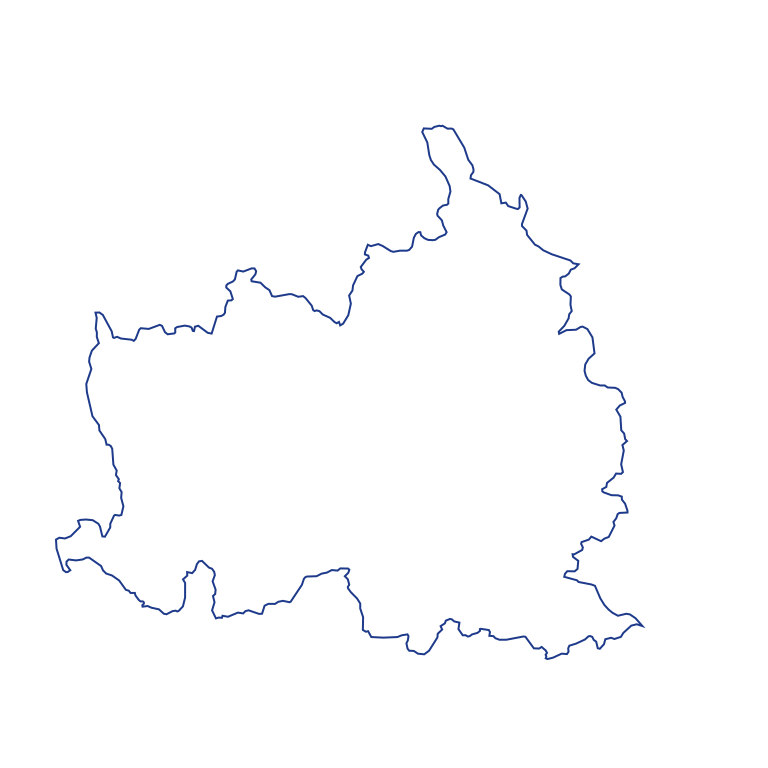 outline of Shan, rotated 280°
{"feature_id": "MMR-3277", "entity_name": "Shan", "entity_type": "State", "adm_level": 1, "iso_a3": "MMR", "parent_name": "Myanmar", "parent_adm1": "", "projection": "robinson", "projection_center": [97.631, 21.717], "detail": "fine", "context": "isolated", "style": "outline", "palette": "blue", "viewbox_px": 768, "rotation_deg": 280, "n_neighbors": 0, "source": "natural_earth", "source_scale": "10m", "svg_char_len": 6148}
<svg xmlns="http://www.w3.org/2000/svg" viewBox="0 0 768 768"><g transform="rotate(280 384 384)"><path d="M524.8,546.8L521.4,543.7L520.8,541.4L519.0,539.4L512.2,540.5L508.0,542.7L504.4,551.0L502.7,552.8L494.3,553.9L488.4,556.2L484.8,554.3L480.7,554.4L472.6,551.5L465.9,547.0L463.8,547.8L468.7,554.3L470.8,563.7L474.3,567.7L475.0,569.7L473.4,574.8L466.1,581.2L450.7,586.0L444.4,581.1L438.2,578.8L431.8,579.2L427.2,581.3L423.3,584.4L421.2,588.6L420.1,597.0L420.9,601.6L419.4,604.9L420.4,612.4L419.6,615.5L416.7,619.5L412.6,621.3L408.8,624.3L407.2,624.7L403.8,620.0L399.1,617.2L392.9,622.5L379.6,625.7L376.9,629.1L371.6,631.1L370.0,633.2L365.3,629.4L360.1,631.7L346.1,631.5L338.7,634.6L336.7,633.1L336.1,628.1L331.7,626.4L325.3,620.8L321.2,620.8L318.3,617.1L316.1,617.7L315.4,619.3L314.0,627.3L315.0,634.0L314.4,637.7L311.4,638.4L308.0,642.2L301.4,645.8L299.7,646.1L297.9,638.2L296.4,636.7L292.0,636.0L288.0,633.9L284.6,635.6L272.4,631.9L270.0,627.9L266.9,625.1L269.7,614.7L266.3,612.7L262.6,606.0L260.8,605.9L257.6,608.2L255.0,608.0L249.3,600.9L249.1,599.3L246.5,600.2L243.6,606.0L235.5,606.7L232.6,604.3L231.5,597.0L228.5,595.2L225.4,595.0L224.2,608.1L222.8,610.0L222.6,623.0L221.9,626.8L210.4,634.3L204.6,639.5L200.9,644.3L198.4,648.7L196.4,654.6L199.8,662.5L199.8,666.2L197.0,672.4L190.5,680.5L191.3,674.7L189.0,669.5L180.4,662.9L176.1,661.2L172.9,655.2L173.5,651.7L171.1,646.3L165.9,645.8L160.7,642.5L160.9,640.4L167.1,637.7L168.4,635.0L171.1,633.0L171.6,630.8L171.0,629.2L167.3,626.3L161.6,618.1L158.5,612.0L155.7,611.3L152.4,612.2L149.8,611.1L149.3,605.8L143.8,597.9L141.5,592.7L142.0,590.9L143.9,591.2L145.4,590.2L147.5,591.2L149.6,589.6L152.4,584.9L150.4,582.6L149.7,577.5L159.6,567.2L159.6,565.3L153.4,548.9L152.2,542.0L153.0,537.8L154.7,535.5L154.3,531.5L158.1,531.4L159.9,530.0L159.7,521.7L159.3,521.0L157.6,521.4L155.2,519.4L152.7,514.2L150.6,512.2L149.9,510.5L150.8,507.9L150.2,505.2L155.5,499.9L162.1,499.7L162.4,494.3L164.0,491.7L164.1,489.8L161.7,486.0L158.8,485.5L155.4,481.8L152.3,483.9L147.4,480.3L143.6,480.6L129.2,474.7L124.8,470.6L124.3,464.3L126.3,459.7L125.7,455.2L127.4,453.2L132.5,451.1L135.6,452.0L139.9,451.9L141.5,450.6L139.6,445.1L137.1,441.1L134.1,427.4L132.6,415.4L137.8,411.3L136.9,409.2L138.1,405.9L150.8,403.9L158.7,399.6L163.7,398.7L168.1,394.7L173.3,387.4L176.6,384.0L177.8,383.6L180.3,384.6L185.4,382.3L187.9,378.8L191.8,381.6L195.1,382.1L196.0,380.7L194.8,373.0L192.2,370.7L191.7,364.9L188.4,360.6L186.4,355.5L183.0,351.0L181.0,341.5L180.0,340.0L178.3,339.0L171.9,338.0L153.4,329.9L152.7,328.9L152.9,322.1L151.2,317.8L148.5,314.8L147.4,308.3L144.9,304.9L136.6,303.8L135.9,300.9L137.6,289.9L136.3,287.0L133.6,285.1L133.5,279.8L127.7,270.8L127.7,265.2L125.6,265.0L125.3,261.8L124.0,259.2L131.2,254.0L139.6,255.0L145.5,252.4L147.8,254.2L152.2,253.9L159.9,249.5L166.4,250.6L169.5,249.4L172.2,246.7L172.8,243.5L178.2,235.5L177.2,232.6L174.0,231.0L168.2,230.3L164.4,227.9L164.6,222.8L161.1,223.5L156.7,220.0L153.5,222.7L139.1,225.2L130.1,224.6L125.0,221.3L124.1,219.9L124.6,218.1L123.6,215.2L119.5,209.8L119.5,207.1L123.0,201.5L123.3,193.8L124.3,189.8L122.8,184.9L124.2,184.4L126.0,185.7L127.3,185.4L128.0,184.3L127.6,181.9L129.0,179.7L132.7,175.9L135.0,174.9L134.2,170.7L136.1,168.6L136.5,165.5L144.5,157.3L148.2,149.4L149.1,143.3L151.6,139.7L155.6,137.0L161.8,123.8L161.4,121.1L158.9,117.8L156.8,111.3L156.4,104.0L154.0,102.2L150.8,102.6L146.1,107.4L143.9,105.1L143.5,103.5L145.0,100.4L165.0,90.1L173.8,88.0L176.2,90.9L176.5,96.7L179.7,101.9L190.6,109.5L196.1,106.5L197.4,108.5L198.8,114.1L199.3,120.8L196.8,126.9L194.4,129.0L185.0,133.1L185.2,135.7L195.2,139.3L198.8,138.7L207.5,141.0L208.4,141.9L208.4,145.9L209.4,148.1L218.3,148.6L226.3,144.9L231.9,144.4L235.4,141.5L240.6,141.3L242.2,139.0L244.2,139.4L247.8,135.8L252.3,135.8L257.6,131.5L273.0,127.6L275.5,125.7L276.4,123.4L276.1,121.3L281.3,119.1L288.8,111.8L294.1,110.4L301.6,102.5L324.2,92.9L332.3,90.8L348.0,93.2L354.8,89.7L358.9,89.4L366.1,90.5L374.7,96.1L380.5,93.0L384.9,92.3L388.5,90.5L399.2,89.6L404.2,87.5L405.0,91.3L403.2,95.1L388.6,106.7L382.9,109.0L382.5,110.0L384.1,113.0L383.1,117.1L383.8,127.7L383.0,130.1L385.3,131.6L395.0,133.5L396.7,134.8L397.4,142.8L403.3,152.9L402.7,155.3L397.0,159.3L395.4,162.3L397.4,168.7L398.5,169.5L402.6,168.7L404.2,170.4L406.9,177.7L406.9,182.5L406.1,184.7L403.1,186.5L403.1,187.7L407.6,187.9L409.1,191.0L403.8,201.5L403.7,205.5L421.4,207.8L422.7,211.9L424.4,214.0L426.5,215.0L432.3,214.4L439.0,215.7L439.9,219.2L441.4,220.4L448.6,216.6L451.6,211.9L453.7,211.6L455.5,212.8L458.7,217.4L461.1,219.0L469.0,219.4L470.5,220.4L470.3,225.9L474.9,233.6L475.3,236.4L472.9,238.5L469.7,238.3L463.9,235.1L462.2,235.8L462.3,244.8L458.6,250.2L456.5,254.9L451.1,258.5L451.1,261.6L456.1,275.2L456.4,277.8L455.0,284.4L456.5,289.0L455.1,291.7L448.6,299.2L444.4,301.5L443.8,303.1L444.8,304.8L444.5,307.8L441.8,311.6L439.8,319.5L436.4,324.5L435.6,326.9L437.3,328.9L434.1,330.7L436.4,333.3L445.5,336.9L457.4,337.4L465.1,334.3L470.6,336.7L475.7,336.4L485.7,339.1L488.9,343.5L491.0,344.7L493.1,342.0L495.2,340.8L503.3,344.9L505.5,347.3L507.7,346.2L508.3,342.7L510.3,342.4L518.3,343.9L517.5,347.2L520.8,354.0L519.7,358.7L516.1,367.5L515.8,370.3L518.1,376.7L519.3,383.5L520.4,385.5L524.2,387.8L533.2,388.0L537.3,389.3L539.6,391.6L539.8,393.4L536.8,394.7L534.6,398.4L533.6,402.3L534.1,407.0L534.9,409.5L538.2,412.7L541.8,418.3L544.4,419.3L550.4,414.8L555.2,412.6L559.1,407.5L560.7,406.8L565.1,407.1L566.8,408.2L570.0,411.1L571.5,415.0L572.9,416.0L577.2,415.2L585.1,416.0L590.3,414.3L599.0,408.5L604.5,402.0L608.7,395.1L612.7,391.3L617.2,388.9L629.4,384.7L638.8,377.9L642.6,378.8L643.6,386.7L645.9,388.9L648.0,393.7L647.8,395.4L648.5,396.8L646.5,402.2L647.3,406.3L646.8,408.1L630.7,422.0L619.4,428.1L614.7,433.1L610.8,434.9L608.4,435.2L604.7,433.4L601.4,433.5L597.7,452.1L591.0,464.9L582.3,468.2L583.8,472.5L580.8,475.4L579.7,483.0L579.5,485.4L581.4,486.9L590.8,485.1L593.9,485.9L593.9,486.6L588.3,491.9L581.7,495.0L565.5,492.1L563.5,492.5L559.8,497.7L555.7,499.0L547.4,508.5L546.4,512.1L543.3,517.7L540.9,526.7L538.0,546.2L535.7,549.4L535.7,554.8L531.1,551.6L529.0,548.1L524.8,546.8Z" fill="none" stroke="#1e3a8a" stroke-width="2"/></g></svg>